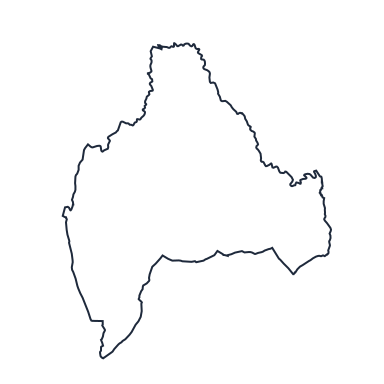 Tibasosa, Boyacá, Colombia, rotated 351°
{"feature_id": "7082276B75151573988065", "entity_name": "Tibasosa", "entity_type": "district", "adm_level": 2, "iso_a3": "COL", "parent_name": "Colombia", "parent_adm1": "Boyacá", "projection": "natural_earth1", "projection_center": [-72.995, 5.748], "detail": "fine", "context": "isolated", "style": "outline", "palette": "slate", "viewbox_px": 384, "rotation_deg": 351, "n_neighbors": 0, "source": "geoboundaries", "source_scale": "gbopen_adm2", "svg_char_len": 5964}
<svg xmlns="http://www.w3.org/2000/svg" viewBox="0 0 384 384"><g transform="rotate(351 192 192)"><path d="M96.7,128.7L93.2,132.0L91.9,133.7L89.0,142.9L86.0,145.4L84.1,148.4L83.5,152.4L81.5,155.9L80.0,157.2L79.3,158.5L77.9,165.0L77.8,167.9L77.2,171.6L76.4,173.4L74.5,175.8L73.7,178.2L72.2,181.0L72.8,183.0L72.8,185.8L72.4,185.8L71.8,187.5L70.1,190.4L69.3,191.1L69.1,191.1L68.7,190.4L68.1,188.3L67.0,187.2L64.2,187.3L60.6,195.4L62.7,197.0L63.6,197.2L63.7,197.5L63.5,198.0L64.1,199.3L62.8,202.2L62.3,209.8L62.3,214.6L63.1,220.6L63.1,221.7L62.6,222.9L63.6,234.1L63.4,240.6L63.2,242.7L61.5,247.5L61.4,250.1L62.2,252.5L63.5,259.4L64.1,266.8L64.6,269.6L65.8,274.5L67.4,279.3L70.7,294.0L71.9,301.7L72.5,303.3L73.5,303.7L83.6,305.5L83.1,309.0L82.5,309.6L82.5,309.9L84.4,314.3L84.3,315.2L82.5,317.6L81.4,320.8L79.9,323.2L79.0,323.8L79.7,326.8L80.1,329.9L78.2,330.6L77.9,330.9L77.3,334.5L76.2,335.6L76.0,336.5L76.0,339.7L76.6,340.9L77.6,342.0L78.1,341.9L78.4,342.3L87.5,337.8L88.6,337.2L90.6,335.0L95.5,331.0L96.8,330.2L98.8,329.4L100.1,328.3L103.1,327.0L108.0,323.2L110.5,320.8L115.6,314.2L118.8,311.4L121.8,307.3L123.7,301.8L124.5,294.4L125.2,293.2L124.9,292.6L122.6,289.6L122.8,288.9L123.6,287.8L123.7,286.5L124.1,285.6L126.3,282.0L128.0,280.3L128.6,277.9L129.2,276.7L133.0,275.2L135.7,273.1L136.1,272.3L136.1,270.2L137.3,266.7L141.1,259.6L144.9,257.1L150.4,252.6L153.0,250.1L158.0,254.3L161.8,256.7L168.2,257.5L170.2,258.1L171.6,258.9L180.6,260.9L184.1,260.8L185.2,262.0L192.7,261.6L194.8,260.6L196.1,260.4L204.2,257.9L207.9,254.2L212.8,258.3L213.1,259.1L214.4,259.4L217.1,260.6L217.0,260.0L221.2,259.6L225.0,258.6L232.1,258.2L234.4,259.9L238.9,260.2L240.4,260.5L241.9,261.2L244.3,263.0L245.0,263.1L247.8,262.5L251.3,262.3L252.8,262.0L254.6,261.2L258.7,260.4L260.7,260.3L262.5,259.7L267.4,271.4L268.5,272.6L271.4,277.1L275.2,282.3L278.9,288.7L279.1,288.6L279.6,289.0L281.2,287.4L281.5,287.6L284.0,284.8L287.0,282.6L289.9,281.5L296.8,278.4L298.3,277.9L301.1,276.4L304.4,275.2L306.4,274.9L307.6,274.9L309.4,275.6L311.5,275.1L313.1,276.1L315.8,274.6L316.0,274.8L317.1,273.9L317.5,272.6L317.4,271.0L319.8,266.6L319.9,265.6L319.7,263.3L319.8,262.1L320.7,261.0L321.6,259.2L321.9,256.7L321.4,254.6L323.0,252.1L323.4,250.9L323.1,249.1L320.5,243.9L318.7,241.0L318.3,239.7L318.6,238.9L319.8,237.6L320.1,236.5L319.7,234.5L320.1,233.7L320.4,230.4L320.8,228.7L320.2,224.3L320.6,221.7L321.6,218.7L320.1,217.8L320.0,216.5L319.2,215.8L319.7,215.3L319.6,215.0L318.7,214.4L318.8,213.5L318.4,213.4L318.0,212.8L318.6,211.9L319.0,210.2L319.8,210.0L320.3,208.8L321.2,208.8L321.2,208.2L321.0,207.7L321.7,207.1L322.0,206.6L321.9,205.3L322.1,203.1L321.7,203.0L321.9,201.7L322.1,201.7L322.3,198.5L322.1,197.1L321.0,196.7L320.7,196.3L318.0,190.3L316.4,190.5L315.8,190.7L315.7,191.2L316.4,192.9L316.9,195.5L316.6,196.7L316.0,197.1L315.2,197.3L313.8,196.7L312.0,193.8L311.0,192.7L309.1,192.1L306.6,192.2L305.7,192.5L305.4,193.1L306.9,195.0L307.3,195.8L307.2,196.2L306.4,196.7L303.6,196.5L301.0,197.1L300.7,197.7L301.0,199.6L300.6,200.7L300.1,200.8L298.6,199.7L296.6,198.9L295.7,199.9L295.1,201.4L294.8,201.5L293.5,201.4L292.3,201.9L291.1,201.7L290.2,200.4L290.3,199.6L292.7,197.4L293.6,195.8L292.7,192.9L288.3,186.8L287.3,186.4L286.4,187.3L285.2,187.6L282.3,186.8L281.9,186.2L281.4,185.0L280.7,181.4L279.8,180.2L279.1,180.0L276.3,180.8L275.3,180.3L275.0,176.7L274.6,176.2L272.5,177.3L269.9,178.1L269.0,178.0L268.5,177.2L267.4,173.9L266.6,173.2L265.5,173.0L265.1,172.5L264.9,171.4L265.5,169.5L265.7,164.9L264.6,162.1L263.7,160.3L262.7,159.2L262.4,158.1L262.9,156.8L264.2,155.9L264.7,155.2L264.3,153.3L263.4,151.2L263.4,149.5L262.3,147.1L263.2,143.9L263.1,143.1L262.0,141.9L260.4,141.0L259.3,139.5L259.3,138.8L259.9,137.5L259.6,137.5L259.8,136.4L258.5,135.3L257.8,134.3L257.2,130.8L256.0,128.0L255.9,125.5L254.6,123.1L253.3,122.2L253.5,121.9L251.8,121.3L251.0,121.4L249.6,122.1L248.8,121.8L248.2,119.7L245.8,116.7L244.6,114.6L243.8,112.4L240.4,108.2L239.1,107.2L236.5,107.1L235.7,106.9L234.8,106.1L234.4,102.2L233.1,99.0L233.5,97.6L233.3,94.9L231.8,88.3L230.2,87.2L227.6,87.2L226.9,86.0L227.1,81.6L228.2,78.0L228.1,76.5L227.4,75.4L226.1,74.1L223.3,72.5L222.7,71.6L222.6,70.9L223.0,69.9L224.6,68.6L225.0,66.9L225.1,65.1L224.8,63.9L224.2,63.1L222.3,62.6L221.8,62.0L222.2,60.3L223.2,59.2L223.0,58.3L219.9,55.8L219.7,55.0L220.0,54.3L221.3,52.8L221.5,52.3L221.3,51.9L221.0,51.7L219.4,51.6L218.4,50.9L218.0,50.2L217.6,47.3L217.2,46.4L216.8,46.2L216.1,46.5L215.5,47.5L214.9,47.9L214.1,48.0L212.9,47.0L211.8,45.1L210.8,44.7L209.3,44.5L207.6,44.9L206.7,46.0L206.0,46.1L205.0,44.9L204.2,44.6L201.0,45.8L200.3,45.6L198.8,43.2L197.9,42.3L197.6,42.3L197.4,42.9L197.0,45.3L196.6,45.7L196.0,45.7L194.8,44.9L194.3,44.9L192.5,46.1L191.4,45.9L189.8,44.9L186.1,44.0L184.4,43.3L183.1,42.0L181.6,41.7L181.7,42.6L182.2,43.5L184.8,44.7L184.2,46.2L182.8,45.2L176.3,42.4L173.2,46.5L173.6,51.7L172.0,53.5L171.8,54.0L172.6,55.5L172.6,56.3L172.2,57.9L170.8,60.1L170.5,61.4L170.5,62.9L170.9,66.1L170.7,66.7L169.2,67.6L167.0,67.8L166.9,68.4L167.8,69.2L168.9,73.2L170.2,74.4L170.1,76.6L169.6,76.9L167.9,77.5L167.2,78.6L167.4,79.4L168.4,81.0L169.3,85.0L169.1,85.6L168.5,85.8L166.5,85.7L165.2,86.3L165.0,86.9L165.2,88.8L164.4,89.6L162.4,90.7L162.0,91.3L161.7,92.4L159.9,95.0L159.6,96.6L160.5,98.1L160.4,98.5L158.7,99.6L158.8,101.4L157.7,102.3L156.4,102.7L156.2,103.2L156.3,103.7L157.6,104.9L158.0,105.5L158.0,106.1L157.6,107.2L157.1,108.1L156.0,109.2L153.6,110.7L152.6,111.9L151.8,112.3L149.6,111.5L149.0,111.6L148.5,113.7L148.0,114.2L146.3,114.5L144.5,116.8L143.9,117.0L142.3,116.0L141.0,115.8L140.0,114.4L139.3,114.1L137.7,113.9L134.6,111.7L133.4,111.5L132.5,112.0L128.4,119.6L127.3,120.2L126.1,121.3L122.5,122.5L118.1,124.4L117.5,125.1L117.4,125.8L118.8,128.1L118.9,128.7L116.7,131.8L116.4,132.6L116.3,134.6L115.6,136.1L111.7,137.1L110.5,137.9L109.8,138.1L109.2,137.6L108.9,136.8L108.9,132.7L108.4,132.1L107.7,131.8L105.4,131.7L100.9,132.4L99.9,132.1L98.9,131.3L96.7,128.7Z" fill="none" stroke="#1e293b" stroke-width="2"/></g></svg>